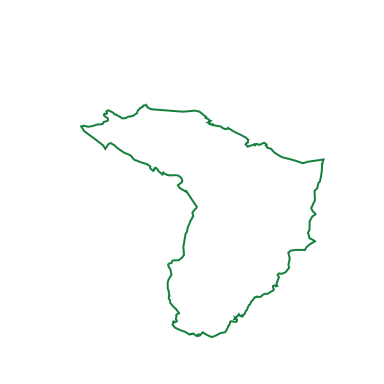 the district of Bygland nor, Aust-Agder, Norway, rotated 42°
{"feature_id": "86288312B73251107165471", "entity_name": "Bygland nor", "entity_type": "district", "adm_level": 2, "iso_a3": "NOR", "parent_name": "Norway", "parent_adm1": "Aust-Agder", "projection": "mercator", "projection_center": [7.603, 58.872], "detail": "fine", "context": "isolated", "style": "outline", "palette": "green", "viewbox_px": 384, "rotation_deg": 42, "n_neighbors": 0, "source": "geoboundaries", "source_scale": "gbopen_adm2", "svg_char_len": 5892}
<svg xmlns="http://www.w3.org/2000/svg" viewBox="0 0 384 384"><g transform="rotate(42 192 192)"><path d="M268.0,79.8L257.7,92.2L255.2,96.4L247.4,99.8L242.0,102.5L236.0,105.7L233.1,106.5L226.5,107.6L221.9,107.0L220.5,107.7L218.1,108.7L217.2,107.9L215.7,108.1L215.6,106.8L212.6,107.1L210.6,111.9L208.0,112.8L207.5,115.3L206.7,115.2L206.4,114.8L205.5,116.8L204.4,118.6L203.0,121.1L200.0,120.7L200.1,120.3L200.1,120.1L199.9,119.5L199.7,119.2L199.7,118.9L200.3,118.3L200.4,117.8L199.2,116.3L198.8,115.5L197.0,115.6L195.8,115.5L189.6,117.0L186.6,118.0L181.6,119.3L177.8,119.8L177.4,120.3L176.6,120.4L176.0,120.2L176.0,121.3L175.7,121.4L175.4,121.7L175.3,121.9L175.1,122.0L174.9,122.8L174.5,123.1L173.7,123.3L173.3,123.5L172.2,123.9L171.8,123.8L171.4,124.0L170.2,124.0L169.3,124.2L163.0,128.2L162.9,128.4L162.6,128.4L162.3,128.2L162.3,127.8L162.3,127.7L161.9,127.7L161.7,127.9L161.6,128.4L161.3,128.9L160.8,129.4L160.1,129.3L159.9,129.4L159.1,129.7L159.0,129.3L158.9,129.1L158.4,129.1L157.9,129.5L157.4,129.7L157.6,129.3L157.5,129.0L157.6,128.8L157.7,128.4L158.1,128.0L158.4,128.2L158.5,128.0L158.5,127.8L158.4,127.6L158.1,127.7L158.2,127.4L158.1,127.0L157.9,126.9L158.0,126.7L156.3,127.2L155.1,127.0L154.2,127.4L153.5,127.5L152.5,127.8L152.4,126.8L143.7,127.3L139.3,129.9L134.9,134.9L130.9,138.9L106.3,157.8L102.4,158.9L99.8,158.0L99.8,158.5L99.6,158.8L98.7,159.3L98.0,160.4L98.4,161.5L97.9,162.3L97.8,162.7L97.8,163.0L97.8,163.3L97.5,163.8L97.4,164.0L97.5,164.3L97.3,164.7L97.5,165.8L97.3,166.6L97.2,167.7L97.4,168.1L97.6,168.3L97.9,169.3L98.3,170.1L98.2,170.7L98.1,171.2L98.0,171.8L97.6,172.8L97.4,173.7L97.4,174.4L97.2,174.8L96.6,175.7L96.2,176.1L96.2,176.4L95.8,177.0L94.9,177.9L94.2,178.8L93.9,179.6L93.6,180.1L93.6,180.4L93.3,181.5L92.4,182.2L92.3,182.6L91.8,183.1L90.9,183.8L90.7,184.1L88.5,184.2L88.0,184.3L87.6,184.6L86.3,184.7L84.5,185.2L83.7,185.2L83.5,185.3L82.7,186.1L82.1,186.2L81.1,185.8L79.4,186.0L79.0,186.2L75.8,187.0L75.4,187.3L75.2,187.8L74.7,187.9L74.6,188.2L74.6,189.5L75.7,190.0L76.2,190.5L76.0,191.2L75.5,191.7L74.8,192.1L74.6,192.9L75.1,193.8L75.5,194.0L76.2,194.0L78.3,193.9L79.7,193.6L80.8,194.0L81.6,195.1L81.3,196.4L80.4,197.5L79.6,199.0L80.1,201.4L76.0,205.8L74.0,209.6L71.1,213.1L67.5,215.0L66.2,216.7L65.7,217.4L71.1,218.9L85.5,217.5L94.7,216.8L98.8,218.0L97.9,212.9L98.0,211.8L98.9,210.0L103.9,209.1L105.6,209.4L114.8,208.3L115.2,208.2L119.3,206.7L122.0,206.0L122.5,206.0L124.3,206.1L125.6,206.6L128.0,206.6L129.6,205.7L133.5,204.4L140.0,201.4L143.9,200.9L144.1,201.1L144.1,201.5L145.3,202.4L148.8,202.3L149.1,202.2L149.2,201.6L149.1,201.1L148.9,200.5L148.4,200.0L148.2,199.6L148.4,199.4L148.8,199.3L149.0,198.8L148.9,198.3L150.6,198.1L152.9,198.9L158.3,198.8L157.6,196.7L159.5,196.7L161.5,196.1L164.1,194.8L168.5,190.5L170.3,189.3L171.2,188.9L174.1,188.7L175.2,189.0L177.4,190.2L177.9,191.6L177.0,196.4L180.2,197.3L187.3,195.8L187.3,195.5L186.7,195.4L186.7,195.2L186.8,195.1L205.5,199.8L205.9,200.8L206.0,201.8L205.9,203.2L205.9,206.4L206.3,207.3L207.0,207.8L207.8,208.2L209.1,209.2L209.2,210.5L209.5,211.1L209.9,212.9L210.3,214.9L211.4,217.6L212.4,220.9L213.0,221.7L213.6,223.0L214.7,224.7L215.4,227.7L222.4,238.7L228.1,244.0L228.5,247.4L227.8,251.6L223.5,255.7L223.6,256.8L224.2,258.5L224.1,258.8L222.8,260.8L222.7,261.5L223.0,262.1L224.5,263.0L225.8,263.5L227.2,263.7L230.9,266.2L232.1,267.3L232.4,268.9L233.1,272.6L234.1,274.8L236.0,277.4L236.8,277.9L237.4,278.5L237.9,279.4L239.2,280.3L239.6,280.5L240.2,280.8L241.1,281.1L242.0,282.4L242.6,282.8L243.5,283.3L243.9,283.6L244.1,283.7L244.1,284.3L244.9,284.7L245.0,285.3L245.3,285.9L246.0,286.7L247.4,287.1L247.9,287.1L249.2,288.1L249.7,288.8L250.4,289.0L252.6,289.3L253.9,289.6L254.8,289.7L257.7,289.6L258.6,289.7L263.5,290.7L263.1,292.1L262.6,293.1L262.5,293.6L262.8,294.2L263.5,294.5L264.2,295.8L264.9,297.2L265.1,297.3L267.1,297.9L267.2,298.4L266.8,299.9L266.3,300.4L265.7,300.2L265.2,300.3L264.8,300.5L264.8,301.0L266.0,302.6L266.3,303.6L270.2,304.2L276.0,302.4L280.9,300.4L285.4,299.7L285.8,298.3L286.5,297.9L286.7,298.1L286.8,298.0L286.7,297.7L287.1,297.2L287.5,296.9L287.8,296.2L291.2,296.1L292.1,293.6L292.4,294.0L292.8,294.9L293.9,293.4L293.9,289.0L296.3,288.8L301.9,287.3L302.7,287.1L304.1,286.1L305.9,282.4L307.6,277.8L308.4,276.7L310.5,273.9L309.5,269.3L309.2,268.5L308.6,267.6L308.6,266.9L308.8,266.0L308.3,264.7L307.3,263.0L307.2,262.7L307.6,261.9L307.9,261.6L311.7,259.1L311.8,258.9L311.9,258.6L311.7,257.8L311.4,257.4L311.3,257.2L310.8,256.7L310.3,256.8L309.9,257.1L309.3,257.1L309.0,257.3L308.9,257.4L308.9,257.6L308.7,257.8L308.4,258.1L308.3,257.9L308.2,257.7L308.3,257.0L308.1,256.4L307.9,256.3L308.8,256.1L308.6,251.6L309.3,252.0L309.9,252.1L310.2,251.8L311.4,251.6L311.6,251.5L311.8,251.0L312.5,250.9L312.9,250.7L312.8,250.2L312.7,250.0L312.0,249.8L312.4,249.4L312.4,248.8L312.5,248.4L312.5,247.5L312.8,247.2L311.8,245.3L311.6,244.4L311.7,242.9L310.6,240.1L310.0,237.8L310.3,236.9L310.2,236.5L309.8,235.1L309.4,234.3L309.5,232.6L309.3,230.4L309.1,228.2L309.7,227.8L310.1,226.4L312.1,225.2L313.4,223.4L313.3,221.5L313.9,219.7L314.6,218.5L316.3,217.3L316.8,215.3L317.5,213.1L318.1,211.1L318.2,210.6L318.2,209.9L316.2,208.7L315.1,207.7L315.8,206.2L316.6,206.0L317.6,205.9L318.3,204.8L316.0,203.4L313.7,197.1L311.1,196.4L311.1,194.3L313.3,192.9L315.3,188.9L314.8,183.2L312.5,181.7L309.0,175.9L304.1,172.6L304.7,169.3L307.2,166.5L307.7,165.8L310.4,163.3L313.0,160.9L314.7,159.7L314.1,156.6L314.1,155.8L314.5,151.9L315.1,150.9L315.2,149.8L316.1,147.4L316.4,146.3L312.9,146.9L310.2,147.8L309.8,147.4L307.7,145.9L305.8,145.0L305.3,144.4L305.2,144.1L305.1,143.1L304.7,141.5L299.1,135.2L297.8,129.8L298.7,126.0L297.1,125.5L294.5,125.5L291.2,124.2L291.0,122.4L290.3,120.9L288.9,115.9L282.4,109.3L282.5,105.4L280.0,100.7L279.9,100.1L280.1,98.7L277.4,94.1L274.8,90.1L271.9,86.4L269.9,84.3L269.9,83.8L270.0,83.6L269.6,83.4L269.5,83.2L268.0,79.8Z" fill="none" stroke="#15803d" stroke-width="2"/></g></svg>